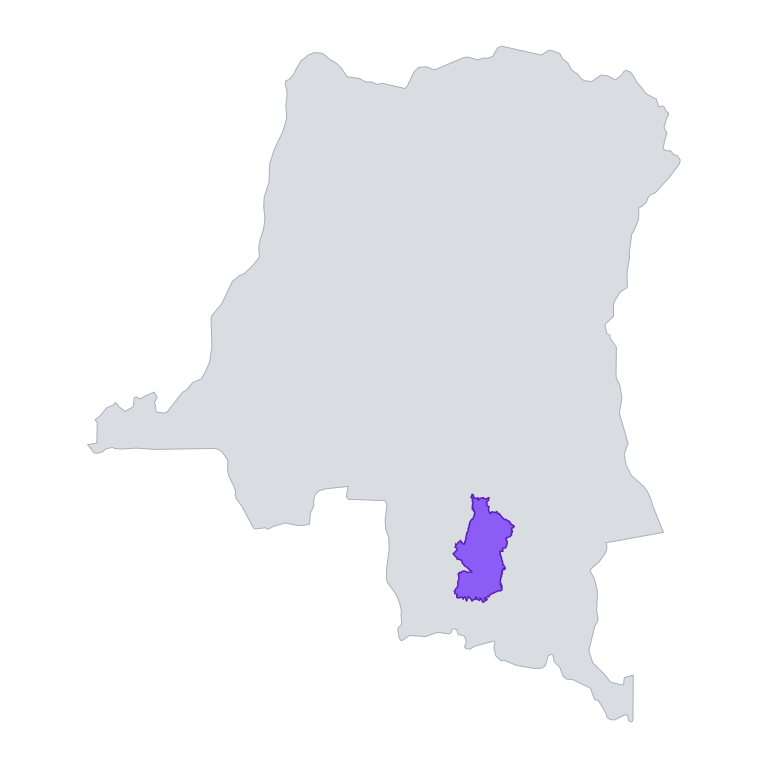 location of Kamina, Katanga, Democratic Republic of the Congo
{"feature_id": "63176286B31000864957103", "entity_name": "Kamina", "entity_type": "district", "adm_level": 2, "iso_a3": "COD", "parent_name": "Democratic Republic of the Congo", "parent_adm1": "Katanga", "projection": "natural_earth1", "projection_center": [24.927, -8.635], "detail": "fine", "context": "in_parent", "style": "filled", "palette": "violet", "viewbox_px": 768, "rotation_deg": 0, "n_neighbors": 0, "source": "geoboundaries", "source_scale": "gbopen_adm2", "svg_char_len": 9654}
<svg xmlns="http://www.w3.org/2000/svg" viewBox="0 0 768 768"><path d="M663.4,532.3L605.9,542.8L607.0,546.6L606.5,550.6L605.0,553.6L599.1,561.9L590.4,569.4L590.4,571.3L594.7,579.7L597.5,591.3L596.7,611.7L597.9,617.2L597.6,621.5L594.7,626.3L588.8,650.8L592.7,662.7L604.0,673.8L610.6,682.1L621.8,685.0L623.6,684.6L624.3,677.7L633.2,675.1L633.0,718.9L632.3,721.4L630.7,721.9L628.5,720.5L627.9,716.3L625.5,714.5L614.7,719.9L611.9,719.8L608.9,718.9L606.7,716.6L606.0,713.3L598.4,700.5L594.6,699.6L590.4,688.2L573.3,679.8L566.7,679.1L563.3,676.5L559.9,667.5L554.2,661.7L552.9,655.2L551.8,654.3L548.3,655.6L545.3,665.8L541.4,668.2L534.4,668.5L516.7,665.5L504.1,660.3L500.8,660.6L495.8,655.9L493.8,648.0L494.9,642.0L493.9,641.1L474.8,646.1L470.1,649.2L465.8,648.5L464.5,646.8L466.3,642.6L465.4,638.1L464.0,636.0L458.3,634.4L456.5,629.5L453.0,628.8L451.9,629.5L451.0,632.8L448.9,633.9L437.5,632.3L425.5,636.6L409.6,635.4L402.0,640.6L400.8,640.4L399.2,637.8L397.7,629.5L398.5,627.3L400.9,625.6L401.7,622.3L400.9,613.7L401.5,611.7L400.6,606.7L398.2,598.8L394.9,592.4L387.6,582.8L386.3,578.2L386.8,567.4L389.1,550.3L388.8,537.6L385.8,529.3L385.1,520.5L387.0,504.5L385.1,500.6L348.7,499.3L347.2,498.1L346.5,495.9L348.1,486.4L325.9,488.8L319.3,490.6L315.2,494.5L313.8,499.4L313.7,506.3L310.4,512.9L309.5,524.1L303.3,525.4L297.2,525.4L285.3,523.0L273.8,526.2L268.2,529.2L265.2,527.8L254.8,528.9L253.5,528.0L241.6,505.9L236.2,498.6L235.2,495.0L235.6,491.5L234.2,486.9L228.6,475.6L227.6,470.3L227.8,462.0L227.2,459.2L222.1,452.1L218.9,449.7L215.2,448.4L155.7,449.4L136.0,448.1L121.7,449.0L114.4,448.4L112.4,447.4L105.8,448.9L102.4,451.9L97.2,453.4L94.0,452.8L87.8,444.6L96.2,443.2L96.8,442.3L97.3,422.6L95.1,419.9L99.5,416.5L106.8,407.8L113.8,404.7L114.7,402.9L116.3,403.0L118.9,406.7L125.0,411.4L132.6,407.2L133.3,406.1L134.3,397.6L136.2,396.9L139.4,398.7L141.3,398.7L144.5,396.3L154.2,392.1L157.1,397.5L154.5,402.4L155.6,405.8L155.9,411.2L157.5,412.4L165.2,413.0L167.4,411.7L182.5,392.3L186.4,390.1L192.8,382.4L201.2,378.9L204.9,372.9L209.7,362.0L211.9,346.4L211.0,319.3L211.8,315.7L221.9,303.5L232.4,281.4L239.5,275.6L244.8,273.3L253.0,265.2L259.5,257.1L258.7,247.3L260.2,239.2L263.7,228.9L264.9,218.0L263.7,206.5L264.2,197.1L269.1,182.1L269.5,164.8L273.9,150.4L282.6,132.0L286.7,118.4L285.9,104.9L287.1,95.0L286.7,89.1L285.1,84.0L285.9,80.9L289.2,79.5L293.3,74.5L300.7,61.2L308.6,54.8L314.1,52.7L319.9,52.9L323.6,54.1L329.7,59.3L336.7,63.5L341.8,68.6L347.0,76.7L359.3,78.4L364.6,81.4L367.8,82.4L369.0,81.7L371.6,82.1L377.4,84.5L382.0,83.2L404.9,88.5L407.5,85.8L413.9,72.0L418.7,67.3L426.5,66.8L432.6,69.4L435.8,69.4L463.9,57.5L467.5,57.0L477.7,59.8L484.4,57.9L487.1,58.5L492.8,56.4L497.5,48.1L501.3,46.1L541.6,55.1L547.8,50.7L550.7,50.2L559.7,53.4L562.4,58.5L567.8,62.9L571.7,70.1L577.7,74.2L580.7,78.0L584.3,80.7L591.6,81.6L600.9,75.1L607.5,75.8L614.1,79.3L616.4,79.2L621.3,75.4L624.0,71.3L626.5,70.4L630.4,72.2L633.6,76.0L636.4,81.5L646.5,94.0L656.3,99.2L658.7,106.8L662.3,106.1L664.0,106.8L666.6,111.7L668.3,112.6L668.7,114.6L666.3,119.1L664.0,127.8L667.0,133.1L664.5,140.9L663.2,148.9L666.4,150.9L670.5,150.8L674.2,154.9L677.1,155.6L680.2,160.0L679.5,163.7L669.9,176.7L655.4,192.7L650.6,194.6L648.1,197.6L646.3,202.3L642.1,206.2L638.8,207.8L638.6,219.3L633.7,231.3L631.8,233.8L629.2,253.2L629.6,256.6L627.0,272.5L627.4,287.3L620.4,291.9L615.6,299.2L613.5,304.3L613.5,316.3L605.6,323.7L605.0,325.4L607.0,333.8L609.9,335.2L610.0,338.1L616.4,347.2L616.0,375.3L616.3,378.1L619.7,384.7L621.9,397.5L619.4,413.6L628.1,443.3L624.2,454.2L626.0,464.6L631.3,475.5L643.5,486.2L646.8,490.7L649.9,496.6L652.8,505.9L663.4,532.3Z" fill="#d9dde1" stroke="#a8b0b8" stroke-width="1"/><path d="M514.0,526.0L513.5,525.7L513.1,525.7L512.5,525.1L512.5,524.9L512.0,525.0L510.9,523.8L510.6,523.9L510.5,523.4L510.3,523.4L510.1,523.0L509.9,522.0L509.5,521.7L509.4,521.8L509.1,521.1L508.8,521.0L508.4,521.2L508.1,521.0L507.8,521.0L507.5,520.9L506.9,520.3L506.9,520.1L506.5,519.9L506.3,519.6L506.0,519.8L505.3,519.4L504.6,519.4L503.9,519.2L503.3,518.3L502.2,517.5L501.8,516.8L500.1,514.7L499.7,514.6L499.4,514.3L499.1,513.4L498.1,513.5L497.9,513.7L497.3,513.4L496.8,511.5L496.5,511.6L496.1,512.2L495.3,512.4L494.7,512.3L494.5,512.5L493.6,512.4L492.8,511.9L492.2,511.8L492.1,512.1L491.7,512.1L490.5,512.8L490.5,513.4L490.3,513.5L490.1,513.6L489.6,513.2L489.3,511.8L488.9,511.0L488.5,509.6L488.6,508.4L489.0,507.3L489.1,506.8L488.6,506.4L486.9,505.7L486.8,505.2L487.0,504.4L487.0,503.3L486.4,502.3L486.8,501.7L488.1,500.9L488.5,500.4L488.5,499.3L489.0,498.2L488.8,497.7L486.5,498.7L485.0,498.9L484.1,498.7L483.6,497.8L483.2,497.7L482.8,497.7L482.1,498.2L481.5,498.1L480.4,498.2L478.4,499.2L478.5,500.1L478.0,500.0L477.8,499.6L478.4,498.6L477.8,497.7L476.8,498.1L475.0,498.6L474.5,498.5L474.5,497.9L474.0,497.3L473.2,494.9L472.8,494.4L472.0,494.4L471.7,496.2L471.2,496.6L471.1,497.0L471.3,497.1L471.2,497.4L471.4,497.6L471.7,497.5L472.1,497.7L472.2,497.9L472.0,498.3L472.6,498.8L472.3,500.2L472.4,500.6L472.3,500.8L472.3,501.4L472.9,502.0L473.0,502.7L472.8,503.4L472.9,504.2L472.5,504.9L472.7,505.0L472.4,505.6L472.7,506.3L472.2,507.1L472.5,507.6L472.9,507.9L472.7,508.3L472.3,508.3L472.2,508.8L472.4,509.2L473.0,509.4L473.2,509.9L473.8,509.6L473.9,509.8L473.8,511.2L474.0,511.5L474.6,512.0L474.5,512.3L474.6,513.5L474.7,514.2L474.7,514.8L474.5,515.1L474.4,515.0L474.0,515.3L474.1,516.1L473.6,516.9L473.5,517.0L473.3,517.8L472.8,518.7L472.8,519.2L472.6,519.4L472.2,519.1L471.6,519.4L471.1,520.4L470.4,521.2L470.4,521.6L469.8,522.0L470.0,522.7L469.7,523.2L469.6,524.1L469.2,524.4L469.3,524.8L469.1,525.2L469.3,525.3L469.1,525.9L469.1,526.9L469.0,527.4L468.5,527.8L468.1,528.4L468.1,528.9L468.3,529.2L468.5,529.6L468.5,529.9L467.8,531.3L466.8,532.8L466.8,533.7L466.4,534.7L466.3,535.6L466.4,536.0L466.1,537.0L465.7,538.0L465.9,538.4L465.8,539.7L465.6,540.4L465.1,541.0L464.7,542.1L464.9,543.1L464.7,543.7L464.3,544.2L463.9,544.3L463.4,544.1L462.6,542.9L462.3,543.1L461.8,543.0L461.3,541.6L460.7,541.2L460.5,540.5L460.3,540.4L459.9,541.5L459.6,541.9L458.6,542.0L456.2,545.0L455.9,545.0L455.7,544.7L455.7,546.0L455.3,546.4L455.2,547.2L456.6,548.1L457.1,549.1L457.1,549.7L456.9,550.1L455.2,551.7L454.3,553.0L453.9,553.3L453.2,553.4L453.4,554.2L453.9,554.8L456.3,557.3L456.8,557.4L457.3,557.9L457.4,558.2L457.1,558.6L457.1,559.1L458.6,559.3L460.0,559.8L460.6,559.7L461.0,560.2L461.6,560.5L461.8,560.8L461.8,561.6L462.3,563.0L462.9,563.8L463.8,564.5L464.1,565.4L464.5,565.9L465.8,566.5L466.3,567.0L467.8,567.9L468.1,568.6L468.7,568.7L469.2,569.2L469.2,569.8L469.4,570.1L470.1,570.4L471.2,570.6L471.7,571.0L471.8,571.6L471.7,571.9L470.7,572.2L466.8,572.3L466.3,571.7L466.1,571.7L465.7,571.4L464.3,571.1L463.3,571.1L462.3,571.3L461.8,571.6L461.3,572.5L460.7,572.9L459.8,572.3L458.6,573.5L458.6,574.1L458.2,574.3L458.5,574.8L458.5,575.4L458.7,575.7L458.6,576.6L459.1,577.9L458.8,578.8L458.7,579.5L457.8,582.1L457.7,583.0L458.1,584.5L457.7,585.4L457.4,587.2L456.6,587.9L455.5,589.3L454.6,590.8L454.4,591.5L454.9,591.7L454.7,593.0L454.8,593.5L455.1,593.7L455.9,593.7L457.3,594.3L457.3,595.1L456.7,595.6L456.7,595.8L456.7,597.1L457.0,597.5L457.5,597.8L458.3,597.7L459.1,597.9L459.7,597.5L460.4,597.5L461.1,597.1L462.2,597.6L462.8,598.7L463.1,599.0L463.3,598.6L463.2,598.2L463.6,598.0L464.1,597.1L465.2,596.8L465.6,598.1L465.6,598.7L466.1,599.4L466.1,600.2L466.6,600.7L466.9,601.3L466.9,599.5L468.0,597.9L468.4,596.7L468.6,596.8L468.8,597.2L470.7,598.7L471.4,599.7L471.9,600.9L472.4,600.8L473.4,599.7L475.5,599.2L475.7,598.6L475.6,598.0L476.1,597.1L476.5,597.6L476.4,598.3L477.3,599.5L478.2,599.7L479.3,600.4L479.5,600.3L479.8,599.8L480.2,599.6L480.2,598.7L479.9,598.2L480.1,598.2L481.6,599.7L482.0,600.4L482.4,601.8L482.9,602.1L483.3,602.0L484.3,601.7L484.4,601.3L485.4,600.5L486.8,600.0L487.2,599.2L485.5,598.8L484.5,598.8L484.5,598.0L485.8,597.8L487.7,596.5L488.3,596.7L489.0,596.7L489.5,595.6L490.3,594.5L495.4,592.2L497.6,591.0L498.6,590.7L500.1,591.0L501.3,590.2L501.8,590.0L501.9,589.4L501.7,588.8L502.0,588.1L501.7,588.0L501.3,587.6L501.1,586.8L501.4,586.7L501.8,586.9L501.9,586.5L501.9,586.3L501.5,586.5L501.2,586.4L501.2,585.0L500.8,584.9L500.1,584.3L500.3,584.0L500.9,584.5L501.2,584.4L500.6,583.0L500.7,582.7L500.4,582.5L500.2,581.2L500.4,580.6L500.6,579.7L500.4,579.2L500.6,578.7L501.0,578.2L500.7,577.5L501.1,576.9L501.1,576.3L501.6,576.2L501.5,575.6L501.1,575.4L501.1,575.2L501.5,575.0L501.6,574.6L502.2,573.9L501.8,573.4L501.9,572.8L502.3,572.6L502.1,572.2L502.2,571.7L501.8,572.0L501.7,571.8L502.4,570.0L502.8,569.8L502.9,568.7L503.0,568.6L503.3,568.9L503.7,569.6L504.4,569.5L504.6,569.2L504.5,568.8L504.8,568.6L505.3,568.5L505.4,567.9L505.1,567.7L504.3,566.8L504.2,566.2L503.8,565.7L503.8,565.3L503.5,565.2L503.2,564.7L502.6,564.3L502.6,563.6L502.8,563.2L502.6,561.7L502.4,561.5L502.1,560.6L501.7,560.1L501.6,558.1L501.2,557.0L501.1,556.9L501.0,556.0L500.6,555.2L500.4,555.2L499.9,554.6L500.0,554.3L499.9,554.1L500.3,553.5L500.4,553.0L499.9,552.3L499.8,551.8L500.0,551.2L502.8,551.3L503.0,550.5L502.5,549.6L502.4,548.9L502.5,548.5L503.6,548.2L504.1,547.8L505.2,547.9L505.4,547.8L505.6,547.9L505.8,547.6L506.0,546.7L506.9,544.9L506.9,544.4L507.2,543.1L507.2,541.6L506.8,540.7L506.6,540.6L506.4,539.6L506.0,539.1L506.0,537.9L507.4,537.7L508.1,537.1L509.1,536.9L509.5,536.6L510.2,536.4L511.4,535.2L511.6,534.7L511.5,533.8L511.3,534.2L511.2,534.0L511.3,533.3L511.5,533.2L511.9,532.2L512.2,532.2L512.1,531.4L512.1,531.2L512.3,531.3L512.4,531.1L512.3,530.6L511.5,530.2L511.4,530.0L511.5,528.9L511.8,528.6L511.8,528.2L512.4,528.2L512.9,527.5L513.2,527.6L513.4,527.4L513.6,527.2L513.5,526.8L513.7,526.6L514.0,526.6L513.9,526.1L514.0,526.0Z" fill="#8b5cf6" stroke="#5b21b6" stroke-width="1.5"/></svg>